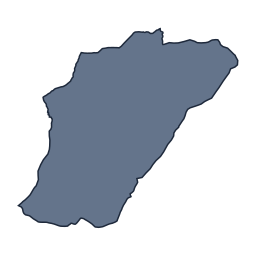 outline of Gangte, Wangdi Phodrang, Bhutan, rotated 179°
{"feature_id": "84629894B80230099066149", "entity_name": "Gangte", "entity_type": "district", "adm_level": 2, "iso_a3": "BTN", "parent_name": "Bhutan", "parent_adm1": "Wangdi Phodrang", "projection": "robinson", "projection_center": [90.148, 27.468], "detail": "fine", "context": "isolated", "style": "filled", "palette": "slate", "viewbox_px": 256, "rotation_deg": 179, "n_neighbors": 0, "source": "geoboundaries", "source_scale": "gbopen_adm2", "svg_char_len": 4786}
<svg xmlns="http://www.w3.org/2000/svg" viewBox="0 0 256 256"><g transform="rotate(179 128 128)"><path d="M173.4,204.2L175.4,200.5L175.6,199.2L175.8,198.6L176.1,198.0L176.4,197.5L176.6,196.9L176.7,196.3L176.9,195.7L177.2,195.2L177.6,194.8L177.9,194.2L178.3,193.7L178.6,193.2L179.0,192.7L179.0,192.1L179.0,191.5L179.2,190.9L179.5,190.3L179.9,189.3L180.2,188.8L180.4,188.2L180.3,187.7L180.3,187.2L180.3,186.5L180.4,185.9L180.7,185.3L181.0,184.8L181.4,184.3L181.7,183.8L181.8,183.2L181.9,182.6L182.0,182.0L182.0,181.3L181.9,180.7L182.0,180.1L182.3,179.6L182.8,179.2L183.1,178.8L183.3,178.2L183.7,177.7L184.0,177.2L184.3,176.6L184.5,176.0L184.9,175.6L185.4,175.2L186.2,174.5L186.7,174.1L187.2,173.8L187.6,173.4L188.1,173.0L188.6,172.6L189.1,172.2L189.6,171.9L190.1,171.6L190.6,171.3L191.2,171.1L191.7,170.8L192.3,170.5L192.9,170.5L193.4,170.4L194.0,170.3L194.6,170.2L195.2,170.0L195.8,169.8L196.3,169.7L196.9,169.5L197.5,169.3L198.1,169.2L198.6,169.0L199.2,168.8L199.8,168.7L200.3,168.4L200.8,168.1L201.3,167.7L201.7,167.2L202.1,166.8L202.7,166.6L203.2,166.5L203.7,166.1L204.2,165.7L204.6,165.3L205.0,164.8L205.5,164.4L206.0,164.1L206.6,163.9L207.1,163.6L207.6,163.3L208.1,162.9L208.6,162.5L209.0,162.2L209.6,161.9L210.1,161.6L210.6,161.4L211.7,160.7L212.2,160.4L212.4,159.8L212.2,159.2L212.1,158.6L212.0,158.0L211.9,157.4L211.6,156.8L211.4,156.2L211.1,155.7L210.7,155.2L210.3,154.7L210.0,154.3L209.6,153.8L209.4,153.2L209.2,152.6L209.2,152.0L209.2,151.3L208.9,150.8L208.5,150.3L208.3,149.8L208.1,149.2L207.8,148.7L207.6,148.1L207.6,147.5L207.7,146.9L208.0,146.3L207.8,145.7L208.1,145.2L207.8,144.7L207.2,144.8L207.1,144.2L207.2,143.6L207.6,143.2L207.4,142.6L206.8,142.6L206.7,142.0L206.3,141.6L206.4,141.0L206.5,140.4L206.0,140.2L205.4,140.2L204.8,140.2L204.4,139.6L204.3,139.0L204.0,138.6L203.6,138.2L203.7,137.6L203.7,137.0L203.7,136.4L203.9,135.8L204.1,135.2L204.3,134.6L204.5,134.0L204.3,133.5L204.4,132.9L204.4,132.3L204.4,131.6L204.4,131.0L204.4,130.4L204.5,129.8L204.7,129.2L205.0,128.6L205.2,128.0L205.6,127.6L206.0,127.1L206.4,126.7L206.8,126.2L206.8,121.3L206.3,117.2L206.4,115.0L206.6,111.2L207.0,107.9L208.5,103.4L213.1,97.8L215.9,92.9L218.7,86.5L218.7,82.3L218.5,77.8L219.5,75.2L220.8,71.8L222.4,70.2L223.7,68.3L226.0,64.5L227.1,62.8L228.9,60.9L231.9,58.1L233.1,57.2L234.5,56.2L235.3,55.3L238.9,52.3L236.1,50.9L234.9,49.2L234.3,46.0L233.5,44.3L232.0,43.0L228.1,42.0L226.3,40.6L224.1,38.8L221.2,37.0L219.4,35.7L217.7,35.4L216.0,35.3L212.0,35.2L210.7,35.1L208.7,34.5L206.1,34.0L203.3,33.2L199.4,31.7L197.5,31.1L195.5,30.9L192.5,30.8L190.0,31.0L189.3,31.8L188.2,32.4L187.4,33.0L186.9,33.6L185.9,33.7L183.5,32.8L182.2,32.8L180.8,34.0L178.7,36.5L177.1,38.5L176.2,38.7L174.0,38.2L172.2,37.0L170.1,35.8L168.0,34.4L165.6,32.6L162.9,29.9L162.3,29.6L160.7,29.4L159.1,29.2L156.6,29.5L154.9,29.8L152.6,30.7L149.7,31.9L148.0,32.5L145.2,33.1L142.4,34.2L141.2,34.9L140.5,35.4L140.3,36.2L139.5,38.1L138.4,40.8L137.9,42.0L137.2,44.0L135.8,46.5L135.2,48.2L134.4,49.8L133.8,51.0L131.6,54.3L130.3,56.8L128.9,58.2L128.1,58.5L127.0,58.9L126.2,59.3L126.9,61.2L126.9,62.4L125.6,63.0L124.7,63.8L123.7,64.7L123.3,65.4L122.6,67.6L122.1,68.8L121.3,70.2L120.3,71.7L119.3,73.6L120.0,77.3L118.4,77.6L114.8,78.3L110.8,82.7L106.6,86.8L103.8,91.0L100.5,95.0L96.0,99.0L92.8,103.5L88.6,110.8L84.8,115.3L82.5,119.2L82.2,122.3L80.3,125.2L78.7,126.6L77.3,127.9L77.2,128.8L73.8,133.8L72.0,136.2L70.8,139.1L69.7,142.7L68.0,145.6L65.5,147.1L60.6,148.6L57.5,149.6L54.4,150.7L50.8,153.2L47.7,154.7L43.9,156.4L39.0,163.3L36.7,166.3L32.0,173.3L28.2,178.4L26.0,181.3L24.4,185.4L20.0,187.1L17.5,189.2L17.1,193.6L19.2,197.7L19.6,198.8L21.1,200.1L23.8,202.9L27.0,206.1L31.8,207.8L34.1,209.8L34.9,212.1L36.6,214.6L38.7,214.8L42.2,214.5L43.2,214.1L46.2,212.5L48.8,212.0L53.4,211.8L57.3,212.1L59.8,213.5L64.6,215.1L70.4,213.5L76.2,212.2L80.6,212.1L85.3,212.6L87.4,211.9L90.7,210.9L91.7,210.9L92.0,211.7L92.0,212.8L91.9,213.5L91.9,214.1L92.0,214.7L92.1,215.3L92.3,215.9L92.5,216.5L92.4,217.1L92.1,217.7L91.8,218.2L91.6,218.8L91.6,219.4L91.8,220.0L92.1,220.6L92.1,221.2L92.0,221.8L91.5,222.1L91.4,222.7L91.6,223.3L92.1,223.5L92.7,223.8L93.2,224.0L93.7,224.4L94.0,224.9L94.1,225.5L94.0,226.2L94.1,226.8L94.7,226.6L95.2,226.3L95.7,226.0L96.1,225.6L96.7,225.5L97.3,225.4L97.8,225.2L98.2,224.8L98.8,224.4L99.2,224.0L99.6,223.6L100.2,223.3L100.7,222.9L101.3,222.4L102.2,222.1L102.9,222.2L103.8,222.1L106.0,223.6L106.9,223.7L107.8,223.8L108.5,223.6L109.1,223.3L110.1,223.3L110.6,223.5L111.2,223.8L111.8,223.5L115.4,224.0L119.2,223.8L120.8,222.8L122.4,220.8L126.9,216.4L130.7,212.6L133.3,209.8L135.5,208.3L137.0,208.5L141.6,208.7L146.6,208.7L149.3,208.2L151.9,207.9L152.7,207.5L154.0,206.2L156.7,203.9L159.4,203.7L160.5,203.9L163.1,203.5L167.4,203.5L170.3,203.7L173.4,204.2Z" fill="#64748b" stroke="#1e293b" stroke-width="1.5"/></g></svg>